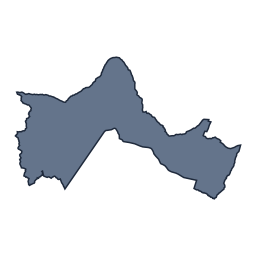 Luján de Cuyo, Mendoza, Argentina (Albers equal-area conic projection)
{"feature_id": "61730980B1211136539314", "entity_name": "Luján de Cuyo", "entity_type": "district", "adm_level": 2, "iso_a3": "ARG", "parent_name": "Argentina", "parent_adm1": "Mendoza", "projection": "albers", "projection_center": [-69.794, -33.006], "detail": "fine", "context": "isolated", "style": "filled", "palette": "slate", "viewbox_px": 256, "rotation_deg": 0, "n_neighbors": 0, "source": "geoboundaries", "source_scale": "gbopen_adm2", "svg_char_len": 5783}
<svg xmlns="http://www.w3.org/2000/svg" viewBox="0 0 256 256"><path d="M230.3,172.5L230.5,171.3L231.4,170.1L231.7,168.9L233.5,166.4L233.9,165.4L234.0,164.2L234.8,162.5L234.7,161.7L234.9,159.9L235.1,159.6L235.5,157.8L236.6,155.5L236.7,153.8L237.2,153.1L238.9,151.4L240.6,145.1L237.8,145.6L235.6,146.6L234.6,147.3L230.7,148.6L228.2,148.2L226.3,147.2L224.4,145.6L223.9,144.8L222.6,143.6L220.2,142.2L220.8,140.9L220.3,140.4L219.1,139.4L216.3,138.2L215.6,137.3L215.2,137.1L213.4,137.8L212.8,137.7L211.6,138.6L210.9,138.7L210.1,138.4L208.1,138.7L207.1,138.5L206.1,137.9L205.7,137.0L205.2,136.5L204.0,136.2L203.2,135.7L203.9,133.5L204.8,131.3L206.8,131.6L208.3,128.5L209.3,125.1L210.9,121.9L208.3,121.2L208.8,119.6L203.9,119.3L202.5,120.2L201.8,121.3L198.6,125.4L197.5,125.9L195.4,127.9L194.7,128.2L193.6,128.2L191.0,129.9L188.9,130.9L186.8,131.6L186.4,131.9L186.3,132.5L185.5,133.5L184.8,133.9L182.5,134.2L182.0,134.6L180.5,134.1L178.0,134.6L176.2,134.4L175.5,134.7L174.8,135.4L173.6,135.8L172.4,135.7L169.4,136.1L168.9,135.9L168.3,135.4L168.2,135.0L167.0,134.1L166.9,133.6L166.2,132.3L165.0,131.5L165.4,130.9L165.2,129.9L164.8,129.0L164.4,128.9L164.1,127.9L163.2,127.3L162.9,126.4L163.2,126.1L162.2,125.3L160.5,124.8L159.1,123.1L157.0,121.4L156.5,120.3L155.9,119.7L154.6,117.5L153.9,117.2L152.6,117.0L151.7,116.1L151.6,115.5L151.0,114.8L150.1,114.4L148.8,113.3L148.2,113.1L147.4,113.4L146.9,113.3L146.1,111.5L144.8,112.1L143.0,112.0L142.3,109.9L142.6,108.8L142.5,108.3L142.8,107.1L142.6,106.4L142.7,105.2L142.6,104.6L141.9,103.4L141.8,102.9L142.2,100.1L142.1,99.1L141.5,98.4L139.7,97.4L138.5,95.8L137.1,95.0L136.9,94.5L137.3,92.9L137.1,92.2L136.8,91.4L135.0,89.2L134.8,88.6L134.8,83.9L135.0,83.1L134.9,82.6L134.7,81.9L133.8,81.0L133.2,79.7L133.1,78.4L132.1,75.5L131.4,74.5L131.3,73.7L130.2,70.8L129.7,70.1L128.6,70.0L128.2,69.7L127.8,68.0L126.7,66.4L125.7,65.5L124.1,62.6L123.5,61.8L122.9,61.4L121.8,59.8L120.8,59.4L119.4,57.8L116.2,57.2L114.9,57.5L112.9,57.6L110.4,58.6L108.8,59.8L108.6,60.2L108.0,60.5L107.3,61.9L106.7,62.3L106.3,63.5L105.4,64.5L104.9,65.2L104.6,66.2L104.1,66.8L103.5,68.7L102.8,69.7L102.6,70.9L102.3,71.2L102.0,72.2L101.4,73.0L101.3,74.7L99.8,76.7L98.1,77.4L95.8,79.0L95.3,81.2L94.9,81.3L94.5,81.8L93.8,82.0L93.4,82.7L92.9,82.9L92.2,84.5L91.8,84.9L90.9,85.6L90.0,86.6L88.7,87.4L85.8,87.6L84.6,88.5L83.5,88.7L81.1,91.2L78.1,92.8L76.9,93.8L75.6,94.0L74.2,95.1L72.8,95.2L72.2,95.9L70.9,96.2L68.4,98.7L67.5,100.3L66.3,100.9L65.7,102.1L65.3,102.3L63.8,102.1L62.4,101.5L61.9,101.1L60.3,100.6L57.4,98.9L55.6,98.2L54.3,97.3L53.8,97.3L53.1,96.8L52.5,96.8L50.4,96.0L49.2,96.0L48.2,95.3L45.8,94.6L44.9,94.9L43.7,95.0L42.2,94.3L41.3,94.6L40.3,94.4L38.4,94.8L36.8,94.4L35.3,94.6L34.5,94.2L32.6,94.6L30.3,94.1L29.0,93.6L28.4,93.6L27.5,94.1L26.7,94.0L26.1,94.4L25.6,94.3L23.2,92.7L21.9,92.1L19.8,92.6L17.8,92.1L16.7,92.2L17.5,94.2L18.2,94.3L18.6,94.7L19.5,94.7L19.9,95.2L21.1,95.8L21.3,96.2L21.7,96.8L21.3,97.2L21.3,98.5L21.1,98.8L21.3,99.4L21.0,100.5L22.6,102.2L22.8,102.9L23.7,103.1L24.0,103.5L26.0,104.1L27.6,105.0L28.2,104.9L29.0,105.1L31.3,108.1L31.2,108.7L30.9,109.3L30.9,110.6L30.4,111.1L29.8,111.2L29.6,111.8L29.3,112.0L28.9,112.6L29.1,113.2L28.5,114.0L29.0,114.7L29.2,115.6L29.7,116.5L29.4,116.9L28.7,117.2L28.4,118.0L26.6,118.6L26.5,120.1L25.5,121.1L25.5,121.5L25.8,121.9L25.8,122.5L26.4,123.3L26.2,123.7L26.4,124.8L26.2,126.1L26.6,127.2L26.5,128.1L25.5,128.7L25.4,129.5L25.0,130.3L24.4,130.8L23.2,130.8L22.0,131.2L21.8,131.6L20.8,131.8L20.0,131.6L18.5,131.9L17.3,131.7L17.5,133.7L16.7,134.4L16.5,135.0L15.7,135.3L15.4,135.9L17.6,137.7L18.2,138.0L18.4,139.5L19.1,141.1L18.9,141.5L19.4,142.7L18.9,143.9L19.6,145.5L18.8,146.3L18.0,148.0L18.1,148.6L18.5,149.1L20.0,149.8L21.8,151.1L21.8,151.8L21.4,153.3L20.0,154.3L19.7,155.0L20.0,156.2L21.0,157.9L20.4,159.0L19.7,159.3L20.6,161.8L19.9,163.0L19.9,164.0L21.3,167.1L21.4,167.8L24.0,168.2L24.7,168.7L25.6,168.9L25.8,169.7L25.3,170.7L25.6,171.5L24.6,172.9L23.9,175.9L25.3,176.5L25.7,177.1L26.2,176.9L26.8,177.2L27.1,177.6L28.0,177.9L28.5,178.6L28.9,178.6L28.1,181.4L28.6,183.4L28.6,184.3L29.4,185.4L30.0,185.2L30.7,184.4L31.3,184.5L33.0,183.5L34.0,183.3L34.6,182.6L34.6,181.2L36.2,179.4L37.1,178.9L37.3,177.8L38.5,178.3L39.3,177.0L40.6,176.6L41.4,175.4L42.6,175.2L42.4,174.5L42.6,173.0L42.2,171.7L41.9,171.4L42.5,171.1L43.6,175.9L44.3,176.3L47.2,177.4L48.2,176.9L49.0,176.9L51.2,178.2L52.7,176.9L53.4,176.8L54.1,176.2L54.6,176.2L55.4,176.6L56.1,177.7L56.7,177.8L58.0,179.3L58.9,179.5L60.3,179.0L61.7,182.9L62.2,183.4L63.2,185.2L63.6,186.4L63.9,186.5L64.1,187.3L64.4,187.5L64.4,187.9L64.9,189.0L104.5,131.5L106.0,130.4L106.9,130.4L111.4,129.7L113.7,128.5L114.6,128.3L115.6,128.6L116.1,129.3L117.6,131.7L118.2,133.5L119.2,134.7L119.4,138.6L121.8,139.6L122.5,140.2L122.9,141.1L123.6,141.6L129.3,142.5L134.8,143.8L139.8,145.9L142.8,146.9L148.4,147.5L150.7,148.2L151.8,149.1L152.8,150.8L153.4,152.0L153.9,153.8L155.7,156.1L158.6,159.2L160.4,163.1L161.0,163.8L162.8,164.5L164.9,165.7L166.5,167.5L168.1,169.8L169.2,170.7L171.4,171.8L175.9,173.1L178.1,174.1L183.7,177.5L196.6,180.3L194.0,188.5L196.6,189.9L197.7,189.8L198.6,190.3L198.8,190.7L199.3,190.7L200.0,191.2L200.6,191.2L201.0,191.6L201.6,191.8L201.8,192.3L203.2,192.9L203.7,192.9L204.0,192.6L204.7,193.1L206.1,193.4L206.4,193.8L207.2,194.1L207.9,194.9L207.9,195.4L208.7,195.5L208.8,195.9L209.2,195.9L210.0,196.6L210.5,196.6L210.6,197.1L210.9,197.3L211.5,197.3L212.5,197.7L212.9,198.0L212.8,198.4L214.5,198.8L215.0,197.9L216.2,197.4L217.0,195.1L217.4,194.6L218.6,193.8L219.1,192.9L219.6,192.8L223.1,189.7L223.6,189.5L223.9,189.1L224.0,188.0L224.9,187.1L224.8,185.5L224.4,184.4L223.7,183.2L224.5,181.4L224.5,180.9L225.4,179.4L226.2,178.6L226.5,178.0L226.2,177.7L227.4,175.7L227.7,175.4L228.6,175.4L229.4,174.5L230.3,172.5Z" fill="#64748b" stroke="#1e293b" stroke-width="1.5"/></svg>